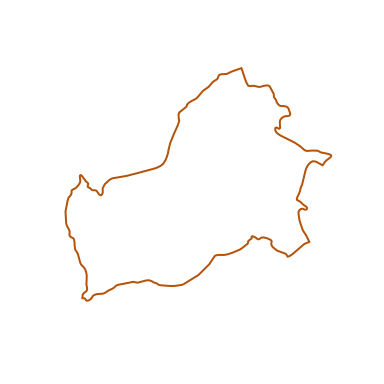 map outline of Cojedes (Robinson projection), rotated 67°
{"feature_id": "VEN-32", "entity_name": "Cojedes", "entity_type": "State", "adm_level": 1, "iso_a3": "VEN", "parent_name": "Venezuela", "parent_adm1": "", "projection": "robinson", "projection_center": [-68.34, 9.331], "detail": "fine", "context": "isolated", "style": "outline", "palette": "amber", "viewbox_px": 384, "rotation_deg": 67, "n_neighbors": 0, "source": "natural_earth", "source_scale": "10m", "svg_char_len": 4208}
<svg xmlns="http://www.w3.org/2000/svg" viewBox="0 0 384 384"><g transform="rotate(67 192 192)"><path d="M283.8,103.5L283.7,108.6L284.3,110.8L284.6,111.6L288.6,124.4L289.1,127.4L288.9,129.2L288.0,129.4L286.4,129.5L285.7,129.8L285.1,130.3L279.5,136.3L278.1,137.2L274.4,139.1L273.6,139.4L272.6,139.5L271.6,139.5L270.7,139.3L270.0,138.9L269.3,138.4L268.6,138.0L267.8,137.9L267.2,138.2L266.5,138.6L263.9,141.0L262.2,143.2L261.5,144.6L261.1,145.8L261.7,148.8L261.4,149.6L260.9,150.1L258.5,151.5L257.6,152.2L256.4,153.5L256.3,154.3L256.7,154.8L257.4,154.9L258.1,155.4L258.8,158.2L259.1,159.2L259.6,159.7L260.3,160.1L260.9,160.5L261.4,161.1L261.6,161.9L261.7,162.4L263.2,167.7L263.6,169.7L263.7,170.8L263.7,178.3L263.3,183.5L262.5,187.0L260.1,192.7L259.8,194.3L259.7,195.7L260.1,196.5L265.2,204.2L270.9,218.4L273.6,235.8L273.4,238.1L271.8,244.3L270.3,248.2L265.9,256.8L264.9,258.3L264.4,258.9L262.3,260.2L261.7,260.8L260.2,262.7L258.6,263.7L257.7,264.6L256.4,266.2L255.9,267.5L255.4,269.3L254.3,277.4L251.8,281.1L248.7,295.7L248.5,298.1L248.8,299.4L249.2,300.2L249.6,301.3L249.9,302.9L250.1,307.9L250.8,311.3L250.9,312.6L250.8,313.6L248.9,319.2L248.7,320.9L248.6,322.4L248.8,323.3L249.2,324.2L250.5,326.0L250.8,326.6L251.1,327.6L251.4,329.2L251.3,330.3L251.0,331.2L250.6,331.6L250.2,331.8L248.6,332.1L248.0,332.4L246.9,334.4L245.0,333.3L243.7,332.7L243.3,331.9L242.7,330.7L242.4,329.4L241.8,327.5L240.7,326.8L239.3,326.0L237.0,325.6L236.1,325.4L227.7,321.5L224.7,320.8L221.6,320.6L220.6,320.7L218.8,321.1L218.0,321.4L216.5,322.1L215.2,322.4L213.3,322.5L204.7,321.3L202.7,321.4L199.5,322.0L195.8,321.1L191.9,319.6L190.0,319.2L188.6,319.2L187.9,319.6L186.6,320.8L185.7,321.3L184.3,321.7L183.1,321.4L181.7,320.6L180.6,320.1L179.5,319.9L174.0,320.3L171.8,320.1L160.6,316.1L151.5,310.0L148.9,307.7L147.9,305.5L146.7,303.8L145.5,303.1L144.1,302.6L143.5,301.9L143.2,301.0L143.2,299.9L143.1,298.4L142.6,296.5L141.1,293.6L140.2,292.2L139.3,291.2L137.9,290.4L137.1,290.1L134.7,289.5L133.1,288.7L132.9,288.1L133.2,287.5L134.8,286.9L141.0,285.4L142.5,284.6L143.2,284.4L144.0,284.3L144.6,284.7L145.1,285.3L145.8,285.7L146.5,285.9L147.1,285.6L148.4,284.6L149.1,284.1L150.7,283.5L151.3,283.0L151.8,282.3L152.5,280.7L153.0,279.9L153.6,279.5L154.9,279.1L158.0,278.5L158.7,278.0L159.3,277.3L159.3,276.4L159.0,275.6L158.5,275.1L157.8,274.5L156.3,273.8L154.6,273.2L153.6,272.6L150.8,269.3L148.6,263.2L148.3,260.7L148.5,259.0L149.2,256.2L151.7,245.5L155.5,219.2L155.9,215.1L155.7,210.8L154.8,207.5L152.1,203.7L149.9,201.5L146.8,198.9L143.4,196.7L138.1,192.6L133.0,187.5L129.6,184.0L127.8,182.0L125.4,179.4L121.8,176.1L118.0,175.1L115.4,174.1L113.8,172.6L111.3,163.7L109.6,162.3L108.6,160.2L108.1,157.0L107.7,151.9L106.5,148.9L103.1,142.2L101.7,135.6L98.8,129.7L98.1,125.6L97.7,124.3L95.6,122.2L94.9,121.1L95.0,119.3L96.9,113.8L96.8,111.4L96.7,109.5L96.7,107.5L97.3,98.1L111.8,99.2L115.9,98.8L116.5,98.3L117.0,97.6L117.3,97.0L117.6,95.7L118.8,92.9L121.2,89.8L121.8,88.4L122.1,86.6L122.3,84.8L123.0,81.8L123.7,80.4L124.5,79.6L126.2,79.1L133.1,78.5L134.0,78.5L136.6,79.5L139.6,78.8L140.6,78.7L141.4,78.9L142.5,78.9L143.8,78.7L145.6,78.2L146.8,77.4L147.6,76.6L148.5,74.5L149.2,73.2L150.7,71.4L151.8,70.8L152.9,70.6L158.0,70.9L158.8,71.3L159.3,71.7L159.6,72.2L159.7,72.6L159.7,73.0L159.6,73.7L158.8,76.3L158.6,77.3L158.6,78.4L158.7,79.4L159.0,80.3L159.3,81.1L159.7,81.9L160.2,82.6L160.8,83.1L161.5,83.6L163.1,84.3L166.5,85.5L167.2,85.8L167.8,86.3L167.9,86.9L167.5,87.4L166.9,88.0L166.2,88.4L165.7,89.0L165.5,89.7L165.8,90.4L167.5,91.1L168.7,91.2L169.8,91.1L171.6,90.4L174.2,88.8L186.9,78.0L192.5,74.4L197.5,72.0L199.1,70.3L200.8,65.2L203.1,60.2L206.0,57.8L210.1,51.8L211.4,50.4L212.7,49.6L213.4,50.0L213.9,50.6L214.3,51.5L215.5,56.2L216.2,57.8L218.4,61.4L212.4,66.1L210.9,68.8L210.9,70.0L211.1,71.3L211.6,72.7L212.7,74.9L214.7,77.4L216.7,79.2L228.0,87.6L228.7,88.2L230.1,89.8L231.5,91.0L233.0,91.9L235.4,94.2L237.9,97.1L239.3,98.2L240.4,98.4L243.6,95.9L246.8,94.7L250.2,92.6L250.7,92.4L251.4,92.3L252.3,92.7L252.7,93.4L252.7,94.2L252.4,95.0L250.5,96.9L250.3,97.7L250.2,98.7L251.0,100.7L251.7,101.4L252.5,102.0L254.2,102.6L260.7,104.2L269.5,104.9L271.5,104.8L277.0,103.8L283.8,103.5Z" fill="none" stroke="#b45309" stroke-width="2"/></g></svg>